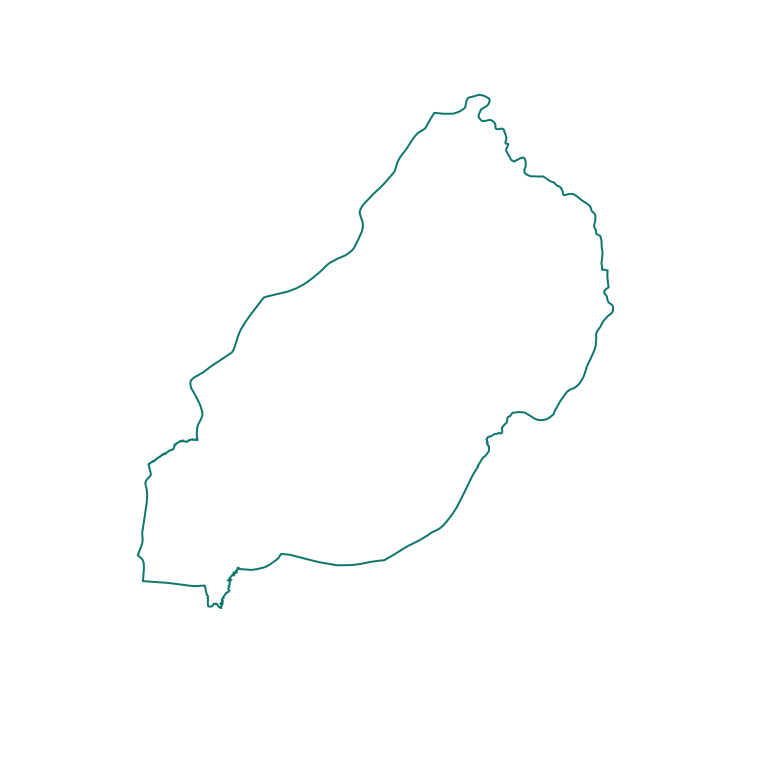 Khun Han, Si Sa Ket, Thailand, rotated 213°
{"feature_id": "78962969B74120262263658", "entity_name": "Khun Han", "entity_type": "district", "adm_level": 2, "iso_a3": "THA", "parent_name": "Thailand", "parent_adm1": "Si Sa Ket", "projection": "equal_earth", "projection_center": [104.436, 14.547], "detail": "fine", "context": "isolated", "style": "outline", "palette": "teal", "viewbox_px": 768, "rotation_deg": 213, "n_neighbors": 0, "source": "geoboundaries", "source_scale": "gbopen_adm2", "svg_char_len": 6162}
<svg xmlns="http://www.w3.org/2000/svg" viewBox="0 0 768 768"><g transform="rotate(213 384 384)"><path d="M478.8,87.4L456.9,99.5L436.7,109.2L432.8,111.3L425.0,117.0L424.4,117.1L423.8,116.7L418.3,111.1L415.6,109.8L415.5,108.4L414.8,108.1L413.9,107.0L412.7,104.6L410.6,102.0L409.6,102.0L408.3,102.8L407.0,104.2L407.1,106.8L406.3,107.4L405.5,107.6L405.3,108.2L404.9,108.5L404.3,108.5L401.4,107.1L400.6,107.3L399.2,107.1L398.6,107.4L398.5,107.6L399.4,108.8L399.5,111.2L400.0,112.4L400.7,112.4L400.9,110.9L401.2,110.4L401.5,110.5L401.3,112.6L401.0,114.2L402.1,114.2L402.6,114.7L402.3,116.4L401.9,116.9L402.8,117.6L402.5,119.3L402.8,120.5L402.4,121.3L402.7,122.4L402.4,123.2L401.8,123.7L401.7,124.6L401.1,125.3L401.1,126.3L402.2,126.7L403.2,127.8L403.5,128.9L403.4,130.0L404.3,130.3L404.3,132.0L405.0,132.6L405.3,134.2L406.0,135.0L405.6,136.4L405.8,136.4L407.4,134.4L407.9,134.4L407.3,136.2L406.9,136.6L407.0,136.9L407.8,137.2L407.4,138.1L407.5,139.9L407.3,141.1L406.8,142.1L405.9,141.5L405.6,142.1L405.9,142.6L407.0,142.9L407.4,143.8L407.3,144.2L407.0,144.3L406.3,143.7L405.9,143.8L405.6,145.2L404.9,145.8L405.5,146.4L406.4,146.5L406.2,147.5L405.7,148.4L406.4,149.7L406.4,150.3L405.6,150.6L405.1,149.9L404.1,150.3L393.9,155.9L389.4,159.8L384.8,164.8L383.8,166.0L381.6,169.9L378.6,177.6L377.8,180.2L377.8,185.4L370.2,189.4L341.9,199.0L324.8,206.3L313.3,214.0L309.1,217.4L306.0,220.0L298.3,227.6L289.9,234.8L288.1,235.9L283.6,244.5L276.3,260.1L269.3,272.0L264.8,281.2L263.2,285.3L259.6,291.2L258.1,294.6L257.1,298.6L256.2,306.1L255.8,313.7L255.8,320.0L257.2,333.6L259.8,354.4L260.1,359.6L260.1,366.2L260.7,366.3L260.9,375.7L259.8,379.3L259.4,384.5L261.9,388.8L262.6,388.8L263.3,389.1L263.7,389.7L264.5,389.7L265.0,390.6L265.4,390.6L265.3,391.2L265.5,391.4L265.6,391.9L266.5,392.4L266.7,392.2L267.3,393.1L267.7,393.2L267.5,393.7L268.2,395.3L267.6,395.9L267.5,396.7L265.4,399.1L264.3,401.7L262.9,403.3L261.9,404.0L261.3,405.2L260.7,405.7L260.3,405.5L259.7,405.8L258.6,406.8L258.6,408.2L261.2,411.2L261.0,414.3L260.1,418.6L260.5,419.9L261.7,422.1L261.9,423.6L261.7,424.6L260.7,425.8L260.6,429.7L255.4,434.1L250.2,436.8L238.6,437.0L235.3,437.7L231.9,439.7L230.1,441.2L228.3,443.4L227.2,445.3L225.3,450.8L226.1,453.9L226.8,465.5L226.4,476.3L225.9,478.2L225.3,479.6L224.4,481.3L222.2,484.5L220.8,488.4L220.3,491.4L220.6,498.8L221.9,504.2L223.5,509.3L224.6,518.5L226.2,528.0L227.5,531.7L231.1,538.3L232.8,540.6L233.6,542.2L234.0,544.3L233.7,550.0L234.3,554.5L234.2,557.0L233.2,563.0L231.7,567.2L231.8,570.2L234.1,573.5L235.3,574.4L236.2,574.6L239.7,574.7L241.0,575.3L242.1,576.0L244.8,578.8L248.2,580.0L249.4,580.9L249.8,581.8L249.7,583.6L249.3,585.0L248.3,587.4L253.0,592.9L255.8,596.6L258.3,600.9L261.8,599.7L262.9,598.8L263.5,598.8L264.0,599.2L265.1,601.5L266.8,602.9L267.5,603.9L270.4,609.9L272.4,613.3L276.5,618.1L279.5,622.5L282.9,625.7L284.2,625.9L286.3,625.5L287.9,625.7L289.1,627.0L290.1,628.5L292.6,629.6L293.2,630.2L294.1,631.2L295.7,635.7L296.8,637.8L297.8,639.5L299.5,641.2L300.4,641.6L303.3,642.0L304.7,642.7L306.9,644.7L308.6,645.5L311.9,645.8L318.6,645.8L324.3,646.5L327.2,646.5L329.0,646.2L331.0,645.1L333.3,643.2L334.9,641.2L336.2,640.4L337.7,641.2L338.3,642.1L340.0,643.5L341.6,644.2L342.6,645.0L345.6,645.0L346.4,644.6L348.9,644.9L350.9,645.7L353.5,644.9L356.6,644.6L361.1,644.8L364.0,644.6L365.3,643.5L374.3,638.0L379.0,637.3L380.9,637.7L381.7,638.2L382.8,639.7L384.0,644.4L386.5,647.9L389.0,649.8L390.0,649.8L390.8,649.6L392.2,648.2L395.9,641.8L396.5,641.3L399.8,641.3L401.1,642.2L408.4,646.0L409.1,646.8L409.5,647.8L409.9,651.1L410.4,652.5L410.7,652.9L411.1,652.9L412.9,652.0L413.3,652.2L413.8,652.8L414.7,655.8L416.0,657.8L422.2,662.6L423.8,662.6L424.6,662.2L426.6,660.2L428.2,659.2L429.0,659.0L430.8,660.4L431.7,662.1L432.7,662.9L434.7,663.6L437.8,663.7L438.6,663.5L439.7,662.6L442.7,659.4L444.5,658.2L446.8,658.2L449.8,659.2L450.7,660.4L451.4,662.5L451.9,665.5L452.0,667.5L449.5,672.5L449.0,674.0L448.9,676.7L449.7,679.1L450.2,679.9L451.2,680.6L452.4,680.6L457.2,680.2L460.2,679.0L461.6,678.2L462.5,677.6L465.0,674.5L468.7,670.6L469.3,669.2L469.3,667.1L466.7,660.6L466.8,658.6L468.8,654.1L472.0,649.7L473.4,648.3L475.8,646.6L482.1,642.6L489.5,638.8L489.4,631.9L488.7,622.2L488.9,620.1L489.3,619.1L492.1,613.4L493.0,609.2L493.3,603.5L493.2,593.3L494.0,583.5L493.6,577.5L491.3,569.8L491.0,567.8L491.1,566.0L492.7,554.0L494.0,547.0L496.4,537.9L498.7,525.2L499.0,523.4L499.1,520.1L498.8,517.2L497.8,514.5L495.0,511.9L490.0,508.0L488.3,505.8L486.9,503.4L485.7,499.9L484.3,491.4L483.3,482.2L483.4,479.3L484.8,474.9L486.5,470.8L491.4,463.5L495.1,456.7L496.4,453.4L498.5,444.0L502.2,432.2L505.1,424.8L509.4,416.8L514.8,409.4L530.2,393.2L531.8,391.0L532.1,389.6L533.7,368.4L534.0,360.3L533.8,351.9L532.6,345.1L529.1,332.5L528.7,329.4L528.8,327.9L529.1,326.8L538.8,304.3L541.8,295.8L545.1,289.2L546.5,286.9L547.6,283.3L547.7,282.1L547.6,280.8L546.5,278.6L543.6,275.6L535.7,271.6L528.3,267.2L526.4,266.0L520.8,261.2L519.7,259.5L518.8,257.3L518.2,253.5L517.8,248.8L516.6,245.0L514.1,240.5L510.0,235.4L510.3,235.1L510.7,235.3L511.6,235.3L511.8,234.4L512.9,233.5L513.7,233.4L514.7,232.8L515.0,233.1L516.1,231.2L517.1,230.7L517.0,229.7L517.3,229.5L518.1,227.8L519.3,227.7L520.8,226.8L522.0,227.0L522.0,226.3L522.8,225.9L522.9,225.4L523.7,225.3L523.9,224.7L524.3,224.3L524.2,223.9L525.6,221.4L525.5,220.5L525.9,219.7L526.2,219.9L526.4,219.5L526.3,219.2L526.5,218.4L526.3,217.9L525.8,217.8L525.5,216.1L525.2,215.7L525.5,213.9L525.8,213.4L526.1,213.4L527.1,211.9L527.3,211.9L527.4,211.4L528.0,210.7L528.3,209.5L528.9,208.5L529.2,207.3L529.1,206.5L529.9,206.0L530.2,206.1L530.3,205.2L530.7,205.3L531.0,204.5L531.4,204.3L531.3,203.8L531.6,203.7L531.8,202.3L532.2,202.1L532.4,200.6L533.1,199.9L533.5,198.1L534.2,197.0L534.4,196.3L534.2,195.7L534.9,194.1L535.3,194.0L535.4,193.0L536.1,193.0L536.0,192.4L537.1,190.4L537.1,189.4L537.7,189.1L537.6,188.2L531.0,182.1L530.2,181.1L530.0,179.7L530.9,174.1L530.8,172.9L530.4,171.5L529.9,170.6L529.1,169.6L526.4,167.3L522.0,161.8L518.0,154.5L506.0,128.1L505.2,126.6L502.0,122.6L500.6,120.1L499.7,117.7L497.2,106.3L491.2,105.4L488.2,103.2L486.5,100.9L484.2,97.4L478.8,87.4Z" fill="none" stroke="#0f766e" stroke-width="2"/></g></svg>